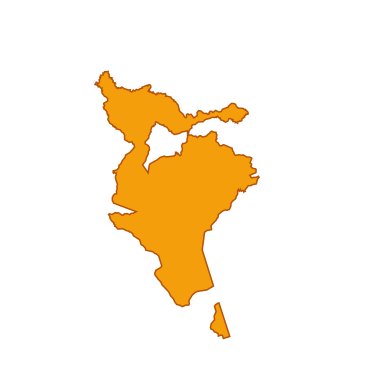 outline of Mineiros, Goiás, Brazil, rotated 334°
{"feature_id": "56859067B49749274510868", "entity_name": "Mineiros", "entity_type": "district", "adm_level": 2, "iso_a3": "BRA", "parent_name": "Brazil", "parent_adm1": "Goiás", "projection": "mercator", "projection_center": [-52.699, -17.707], "detail": "fine", "context": "isolated", "style": "filled", "palette": "amber", "viewbox_px": 384, "rotation_deg": 334, "n_neighbors": 0, "source": "geoboundaries", "source_scale": "gbopen_adm2", "svg_char_len": 6053}
<svg xmlns="http://www.w3.org/2000/svg" viewBox="0 0 384 384"><g transform="rotate(334 192 192)"><path d="M170.1,285.9L175.8,248.5L185.7,233.6L188.9,233.2L192.9,234.4L193.5,233.6L193.9,231.3L195.4,230.1L201.8,227.7L202.7,226.6L204.1,226.4L205.8,223.8L211.4,222.5L214.1,222.7L215.4,223.7L217.9,224.1L220.5,222.0L222.2,219.2L224.2,218.1L228.5,217.1L229.3,215.8L232.3,213.7L233.4,211.0L234.9,210.0L234.9,212.1L236.0,212.0L236.6,211.1L236.7,212.9L238.6,213.0L238.6,214.7L239.1,214.3L240.0,214.7L239.9,213.8L245.4,211.0L247.7,212.1L249.8,211.9L253.3,212.9L256.5,209.2L258.7,208.2L258.6,207.0L255.9,206.9L253.8,205.8L252.4,205.7L251.3,204.6L251.6,203.9L251.2,202.3L257.8,202.6L258.4,202.0L259.5,199.7L259.3,199.0L257.0,197.4L255.9,194.8L257.5,193.7L257.8,192.8L256.9,191.2L260.5,188.0L260.4,187.4L259.2,186.0L256.5,184.5L254.2,181.0L252.9,180.9L250.4,179.0L247.2,178.2L246.6,176.9L246.9,174.1L246.6,172.8L247.2,170.3L241.2,163.4L238.1,163.2L237.0,162.3L237.1,159.7L235.8,157.2L236.3,155.4L237.8,155.1L237.7,153.8L239.5,151.4L239.2,150.9L239.7,148.9L237.4,147.4L236.5,146.0L234.5,146.2L233.7,147.0L232.0,147.1L229.5,148.0L226.2,147.5L224.9,146.4L224.6,145.3L223.6,144.8L220.7,145.3L220.0,143.4L218.1,142.9L216.3,140.4L213.7,139.4L215.5,136.4L218.0,134.6L220.0,134.4L220.3,133.0L221.7,131.8L224.6,132.7L228.3,131.8L232.8,133.7L235.8,132.7L240.5,133.7L243.0,133.6L245.1,135.1L246.5,135.0L246.7,135.7L248.2,135.2L249.1,138.1L249.7,138.0L249.5,139.9L251.8,142.0L251.6,142.4L253.0,144.1L255.2,144.0L257.5,142.3L258.4,142.7L259.6,144.2L259.3,144.5L260.5,144.8L259.6,146.5L261.4,147.6L262.1,148.4L261.7,148.7L262.3,148.8L263.1,150.2L264.1,148.8L265.6,149.4L266.4,149.0L267.0,149.8L268.1,149.6L269.1,148.1L272.1,147.8L272.2,146.8L274.6,146.3L274.6,145.8L276.1,146.5L276.0,145.9L277.1,145.7L277.2,144.2L276.4,142.1L275.9,142.0L276.1,141.1L275.2,140.8L274.6,139.3L270.5,137.0L269.4,134.5L269.5,132.3L268.7,131.1L266.4,129.7L262.3,130.9L261.9,131.6L255.6,131.0L253.6,132.4L252.3,132.3L251.0,131.6L249.0,129.0L245.6,129.7L245.0,128.1L243.6,127.4L241.9,128.4L242.1,129.1L240.9,129.4L240.1,129.0L239.8,127.9L237.3,126.7L236.1,124.9L235.9,123.6L233.7,121.8L231.4,122.7L230.3,125.5L226.1,126.2L225.4,121.9L222.9,121.0L222.6,120.0L220.9,120.0L220.1,122.1L219.0,122.5L218.2,121.0L218.1,118.1L216.3,113.9L217.6,107.7L216.6,103.2L215.7,103.0L215.4,102.2L216.1,101.5L215.2,100.4L214.4,98.2L214.6,97.5L211.4,94.8L210.3,94.5L211.1,93.4L211.2,91.9L208.1,90.8L207.6,89.6L205.5,89.0L205.0,88.1L204.4,88.5L203.7,88.0L203.1,89.0L202.3,88.8L201.1,86.3L200.0,85.8L200.8,85.1L200.2,84.8L199.7,85.3L198.0,82.9L197.5,83.3L196.8,82.2L197.5,81.5L198.0,82.1L198.7,81.7L198.8,80.8L200.8,80.1L201.5,78.0L200.6,76.6L198.6,77.3L198.5,76.4L192.9,76.0L192.8,76.9L189.9,76.3L189.1,76.9L186.9,75.5L184.7,76.2L183.9,74.6L181.8,75.7L180.4,74.1L181.3,73.1L178.9,72.1L178.3,71.0L176.7,69.9L175.1,67.2L174.4,67.4L174.3,66.9L173.1,67.3L171.9,66.3L171.1,66.4L171.3,65.9L169.8,65.4L170.0,64.2L169.3,63.0L170.0,60.8L170.8,61.1L171.0,60.5L169.7,59.5L169.0,58.2L169.9,57.6L169.8,55.3L169.3,55.2L170.1,54.2L168.0,53.1L168.5,52.7L168.2,51.4L169.1,50.3L168.8,48.0L169.5,46.9L166.0,45.6L165.3,46.5L164.1,46.0L163.5,47.7L161.9,47.7L161.2,47.0L160.6,47.5L159.5,48.5L160.0,49.0L159.5,49.7L157.6,50.5L157.3,52.3L155.0,53.6L154.5,53.7L154.6,51.7L154.1,51.4L152.0,52.8L153.9,54.8L153.8,56.3L154.2,56.7L155.1,56.2L155.9,59.6L156.4,59.5L155.8,60.4L156.0,61.6L155.1,61.7L155.2,62.5L154.5,63.5L155.3,67.6L156.5,69.0L157.1,71.1L156.1,73.3L151.5,73.6L151.1,74.4L151.5,75.9L150.4,76.4L149.9,77.5L149.5,77.2L149.3,78.9L150.3,80.6L150.6,82.7L150.0,84.7L150.7,85.5L150.0,86.0L150.5,87.1L148.1,90.1L148.4,94.3L150.0,96.8L149.8,98.2L150.2,98.7L150.7,98.5L150.8,100.0L151.8,100.1L152.0,101.2L151.4,101.8L154.7,104.7L155.2,107.3L156.2,108.7L156.3,111.3L154.4,115.3L157.3,119.7L160.1,120.7L159.8,122.8L160.8,123.6L160.1,126.4L153.7,129.2L148.6,129.7L146.8,131.7L143.1,133.3L140.3,135.5L138.1,136.0L136.9,138.1L134.1,139.3L130.5,138.4L129.6,140.0L129.7,140.8L131.0,140.4L131.4,141.5L132.1,141.7L131.6,142.0L131.7,143.1L129.9,144.7L129.2,146.2L128.3,152.4L126.6,154.6L126.5,155.7L124.4,158.3L123.4,160.6L121.6,159.9L119.5,160.7L119.0,161.6L118.2,161.7L116.7,164.5L116.7,167.7L133.3,185.2L129.8,185.3L128.8,184.7L127.1,184.6L126.2,185.1L123.9,182.8L121.6,182.0L120.1,182.7L119.1,182.2L117.1,178.9L116.0,178.0L114.9,177.9L114.2,176.9L110.2,177.1L108.0,175.3L107.2,175.7L107.4,178.6L106.8,179.3L107.0,182.5L108.3,185.6L107.7,186.3L108.3,188.1L107.6,189.0L108.4,189.7L109.1,192.8L113.8,194.8L116.5,198.4L118.0,199.3L118.2,200.5L119.2,201.0L120.5,203.8L120.1,205.6L124.0,211.9L123.2,217.1L124.5,218.8L125.4,221.8L124.9,223.9L130.7,228.6L131.6,230.9L133.0,232.2L134.0,234.8L132.4,245.3L130.4,246.2L125.3,246.5L123.0,248.5L122.4,250.3L123.4,255.8L124.5,259.0L124.4,262.4L127.3,271.6L127.3,276.1L128.5,279.9L128.3,282.9L128.9,286.3L131.3,288.4L133.1,290.8L137.1,291.0L139.4,292.2L140.6,291.4L141.5,288.3L146.8,284.9L150.5,283.7L153.3,283.7L162.3,286.5L170.1,285.9ZM186.2,115.5L188.6,115.4L189.5,113.5L190.6,113.1L192.9,117.0L194.7,119.0L195.8,119.1L195.8,120.6L197.8,122.7L198.4,125.7L198.1,127.0L198.9,128.0L200.2,128.3L199.9,130.0L201.3,132.5L206.4,133.9L208.5,133.5L214.7,135.0L212.1,140.8L210.8,142.2L209.7,144.4L207.3,145.2L205.0,144.4L203.3,145.5L202.5,147.4L202.6,148.4L201.3,150.5L199.4,151.5L198.6,153.8L197.0,154.1L196.5,151.9L195.9,151.7L196.2,151.1L195.4,150.9L195.8,149.8L194.7,149.1L193.4,151.4L191.5,151.7L185.3,149.6L183.8,148.9L182.9,147.6L178.6,147.0L175.0,147.8L166.6,148.3L165.2,149.4L160.9,155.6L159.5,145.9L164.1,143.6L166.0,141.2L169.7,138.3L170.2,136.8L172.3,135.4L173.2,132.9L173.0,131.0L171.1,128.1L171.8,126.4L176.7,124.6L177.9,122.4L179.1,121.9L180.4,120.3L181.7,120.0L181.9,118.5L184.4,115.9L186.3,116.2L186.2,115.5ZM162.6,338.4L167.6,303.5L166.5,303.3L163.9,303.6L162.1,304.5L161.2,310.2L157.5,313.2L156.2,316.9L151.8,318.6L149.2,321.8L148.9,323.3L150.5,325.2L150.8,327.5L152.3,328.9L153.4,331.0L152.5,333.1L155.3,333.3L156.4,334.2L156.0,337.4L162.6,338.4Z" fill="#f59e0b" stroke="#b45309" stroke-width="1.5"/></g></svg>